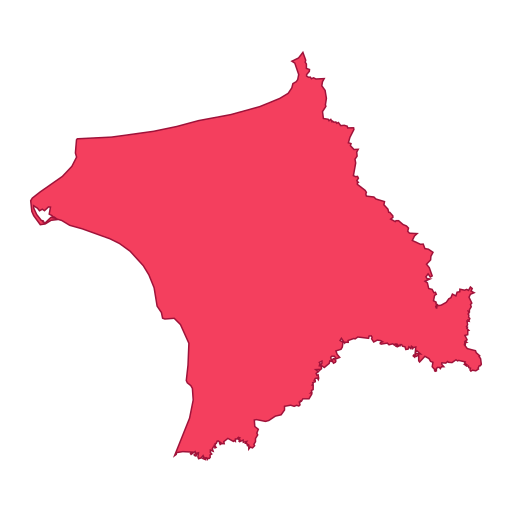 the district of Necoclí, Antioquia, Colombia
{"feature_id": "7082276B32018425198797", "entity_name": "Necoclí", "entity_type": "district", "adm_level": 2, "iso_a3": "COL", "parent_name": "Colombia", "parent_adm1": "Antioquia", "projection": "albers", "projection_center": [-76.605, 8.491], "detail": "fine", "context": "isolated", "style": "filled", "palette": "rose", "viewbox_px": 512, "rotation_deg": 0, "n_neighbors": 0, "source": "geoboundaries", "source_scale": "gbopen_adm2", "svg_char_len": 6061}
<svg xmlns="http://www.w3.org/2000/svg" viewBox="0 0 512 512"><path d="M302.9,52.4L298.5,58.0L291.9,61.2L294.8,63.1L298.7,74.5L297.7,79.6L296.2,81.7L292.9,83.6L291.8,87.9L288.2,93.3L279.8,98.4L259.8,106.6L230.8,114.6L198.6,120.6L176.7,126.5L153.6,131.3L111.5,137.1L77.3,138.8L76.5,139.8L75.4,153.0L76.6,157.1L71.9,166.3L62.4,176.4L40.2,191.9L32.3,198.1L30.7,200.7L31.8,211.4L33.7,215.7L40.3,224.7L45.3,223.9L51.1,220.3L57.9,219.5L56.8,219.4L53.8,217.2L53.9,218.0L50.9,217.4L44.4,223.7L43.9,222.0L42.7,221.7L43.1,220.9L41.2,220.3L36.7,214.5L33.7,208.1L33.6,205.7L37.5,208.2L39.5,210.8L42.3,209.2L44.5,210.7L48.5,206.9L50.5,207.1L49.2,214.1L52.0,215.6L52.3,217.0L54.4,217.1L56.8,219.0L61.8,220.5L69.7,225.3L82.2,228.8L110.0,238.8L119.5,243.5L130.1,251.2L143.3,265.7L148.9,274.9L154.1,287.7L157.1,306.1L161.4,312.5L162.6,318.2L164.8,319.0L174.2,318.3L180.5,324.6L188.9,343.3L188.0,365.2L186.3,380.5L187.3,382.8L190.8,385.6L192.4,388.4L193.2,400.0L189.6,418.1L174.6,455.6L176.2,454.4L176.6,452.6L182.8,451.6L192.2,452.1L190.5,453.5L191.1,454.4L195.1,451.5L195.8,453.2L194.1,454.9L195.2,455.9L196.1,455.9L197.1,453.1L198.5,452.7L197.9,456.8L198.6,458.7L201.2,457.9L203.1,455.6L203.9,457.3L202.8,458.5L205.5,459.6L205.2,457.9L206.2,457.7L207.5,459.3L207.8,458.2L209.3,458.4L210.2,457.3L210.0,455.0L211.7,454.0L210.3,452.4L210.4,450.1L213.1,451.2L212.3,448.8L213.4,446.9L214.7,446.5L215.0,447.9L216.1,447.4L214.3,445.3L215.4,444.8L215.2,443.6L216.4,443.2L217.1,441.2L218.4,441.0L220.5,442.5L219.5,443.0L220.2,444.5L221.6,443.6L224.2,443.7L223.8,441.6L227.9,438.4L233.4,441.4L234.2,440.6L235.4,441.4L235.4,439.0L236.9,439.0L238.4,437.3L239.8,437.9L238.3,439.2L240.0,440.0L239.0,441.1L239.6,441.7L243.1,440.1L243.3,442.3L246.7,441.5L245.5,443.3L246.7,443.4L247.4,445.4L248.0,444.6L248.8,445.1L248.8,449.0L250.3,447.1L252.5,447.9L254.6,445.7L253.9,444.3L255.5,441.7L255.5,438.5L257.7,434.9L256.8,433.1L258.3,429.3L254.8,426.5L254.3,420.0L256.5,419.6L265.5,421.4L268.8,420.5L275.4,416.1L281.1,414.8L284.5,410.0L284.5,406.3L290.7,405.2L294.2,406.3L296.6,405.3L298.8,406.0L300.0,404.9L299.3,402.1L300.4,401.9L300.5,400.9L301.4,401.2L302.9,398.8L309.0,398.8L311.8,394.0L311.9,392.9L310.8,392.9L311.7,392.2L311.5,390.4L313.1,389.6L313.2,385.3L312.2,385.0L313.2,383.9L312.8,382.6L315.3,381.7L315.2,380.4L314.3,380.2L315.3,378.4L317.4,378.1L318.3,379.6L318.7,378.2L318.1,374.8L316.9,375.3L316.1,373.4L318.3,371.8L315.7,369.6L319.0,369.4L319.1,370.7L321.5,368.7L321.1,366.0L319.3,365.8L320.0,363.5L319.3,362.4L321.9,361.1L322.0,363.1L320.7,365.1L324.3,367.5L329.2,363.4L329.8,360.9L332.7,361.7L333.5,363.2L335.4,362.2L335.9,361.0L334.4,358.8L333.3,358.6L332.6,360.0L331.3,359.7L330.7,357.3L331.8,356.2L334.3,356.2L336.3,358.8L339.7,357.4L337.1,354.3L335.9,350.9L341.0,349.3L342.3,347.1L343.0,342.3L340.0,340.5L341.4,338.3L344.7,343.1L345.2,342.3L348.2,342.3L348.1,340.5L353.8,338.5L355.1,338.9L357.8,337.0L368.6,338.3L369.0,336.1L371.2,335.8L372.1,337.3L371.6,338.8L373.7,342.0L377.3,340.1L380.6,340.6L382.6,341.8L380.4,342.6L380.2,343.6L381.2,344.1L387.3,343.1L389.0,344.8L392.7,343.8L394.4,345.1L395.1,344.0L396.4,344.0L395.8,346.1L397.3,346.8L398.2,346.4L397.2,345.4L397.6,344.7L398.5,345.7L400.2,345.7L400.2,344.6L401.6,344.6L402.5,346.2L405.0,346.8L405.8,349.5L408.1,349.1L408.9,346.8L410.7,348.5L411.4,346.2L412.6,347.0L412.3,349.4L413.3,347.6L415.8,347.0L415.2,352.7L416.9,350.8L420.5,353.9L415.8,353.6L414.9,355.3L413.7,355.0L413.2,355.9L414.6,357.1L414.9,355.7L416.0,356.5L418.6,355.1L418.7,360.8L419.6,362.0L424.9,356.3L429.0,358.6L430.6,361.4L432.9,362.3L432.2,366.7L434.5,369.4L435.6,369.4L434.6,370.7L435.2,371.3L436.4,370.9L436.4,368.7L437.5,367.4L439.5,367.4L440.3,368.6L441.5,366.8L443.8,366.7L441.6,364.2L441.9,362.8L445.8,363.1L447.6,361.5L448.4,362.3L452.0,362.6L456.0,359.8L457.6,360.9L458.7,360.4L465.2,361.9L464.6,363.1L466.3,364.4L464.7,364.6L466.7,366.1L468.4,366.0L468.9,367.7L470.5,368.2L470.0,369.9L470.9,371.1L472.5,370.2L475.8,370.8L478.5,369.0L478.1,368.1L479.3,365.7L480.4,365.7L481.3,364.3L480.6,358.7L479.1,356.5L479.7,355.8L476.2,352.7L475.5,350.7L467.3,348.6L464.4,344.8L464.8,342.8L465.4,343.6L465.5,342.5L466.4,342.4L465.4,341.8L466.1,341.6L465.5,340.9L467.1,339.8L464.9,335.4L467.7,334.7L467.8,330.4L468.7,330.3L466.8,328.3L467.5,327.2L466.5,326.7L467.6,324.7L467.0,321.1L469.0,321.3L468.2,319.9L469.3,319.9L469.8,318.4L468.6,317.3L468.9,315.1L468.1,314.0L469.0,312.9L468.3,311.3L469.4,311.7L469.4,309.8L471.2,306.8L470.5,304.5L471.8,303.1L469.0,297.2L470.4,294.3L474.1,292.7L471.1,291.1L472.2,288.5L470.4,287.0L468.5,290.4L466.7,289.4L464.6,290.2L459.9,289.2L459.8,291.7L457.1,292.2L455.9,295.9L452.4,294.1L450.9,297.7L448.8,298.8L446.3,302.3L441.1,305.2L436.9,305.8L436.7,308.0L436.2,307.9L435.7,306.4L437.3,304.5L436.0,303.9L436.1,302.2L433.5,300.7L434.6,295.4L436.3,294.3L435.4,292.3L433.9,292.7L432.1,289.4L428.7,288.5L427.4,282.9L425.0,281.2L429.9,279.0L427.0,278.6L425.9,276.8L428.1,273.9L430.3,277.0L432.2,275.9L429.3,267.7L426.5,264.2L430.6,259.9L430.9,256.3L433.0,252.3L428.4,249.2L424.9,248.6L423.2,244.1L420.5,244.3L412.3,240.5L414.5,236.0L417.1,233.6L409.5,233.2L407.7,231.3L408.5,228.1L406.5,226.0L403.0,224.5L398.6,220.7L396.0,220.7L395.2,221.6L390.7,219.1L392.9,217.4L392.8,215.8L389.8,212.4L388.7,212.3L387.9,209.1L383.9,204.8L384.5,201.6L375.9,199.0L373.9,197.0L366.4,196.1L365.8,194.0L366.4,192.4L365.2,190.4L357.4,184.4L357.4,182.8L358.3,182.4L356.8,180.7L358.4,178.2L357.5,176.4L355.6,176.7L353.4,175.6L355.7,163.0L355.0,159.2L357.1,156.1L356.7,152.1L358.2,149.3L354.0,149.5L350.4,145.7L351.0,143.6L348.4,142.8L349.9,137.4L353.9,129.5L353.6,127.8L347.7,127.9L347.2,126.2L344.2,125.3L340.7,125.6L338.4,122.5L336.7,123.3L335.9,122.0L333.8,122.2L332.6,121.1L332.0,121.7L330.8,119.4L329.0,120.7L328.2,119.3L323.4,118.5L322.5,111.6L325.9,106.3L325.4,104.9L326.4,98.3L325.1,90.4L321.8,85.8L322.5,81.7L324.2,78.6L315.9,79.0L313.6,77.8L311.4,78.7L310.3,77.1L308.6,77.3L306.6,76.1L306.6,74.6L309.3,71.4L309.5,69.5L306.4,68.4L306.4,64.0L305.2,62.2L305.7,60.2L302.9,52.4Z" fill="#f43f5e" stroke="#9f1239" stroke-width="1.5"/></svg>